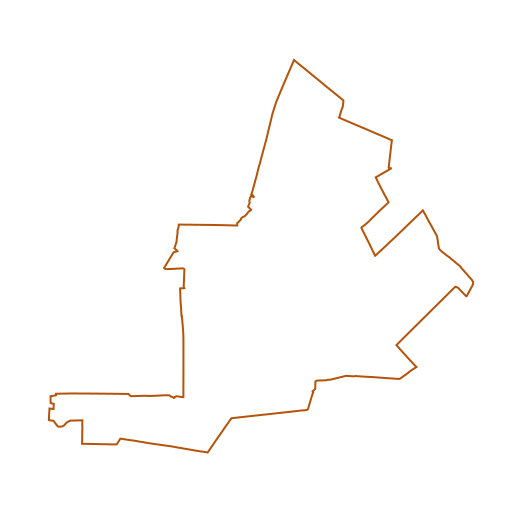 Vulturu, Constanta, Romania (Albers equal-area conic projection), rotated 177°
{"feature_id": "2599482B75754291666061", "entity_name": "Vulturu", "entity_type": "district", "adm_level": 2, "iso_a3": "ROU", "parent_name": "Romania", "parent_adm1": "Constanta", "projection": "albers", "projection_center": [28.28, 44.64], "detail": "fine", "context": "isolated", "style": "outline", "palette": "amber", "viewbox_px": 512, "rotation_deg": 177, "n_neighbors": 0, "source": "geoboundaries", "source_scale": "gbopen_adm2", "svg_char_len": 5241}
<svg xmlns="http://www.w3.org/2000/svg" viewBox="0 0 512 512"><g transform="rotate(177 256 256)"><path d="M52.0,234.1L52.4,234.7L53.0,235.4L55.6,237.7L60.0,241.8L62.2,243.9L62.5,244.3L65.2,246.3L69.4,250.0L69.6,250.2L70.6,251.1L71.0,251.5L71.4,251.9L71.8,252.4L72.0,252.6L72.2,252.8L72.3,253.0L72.5,253.3L72.6,253.5L72.8,254.0L73.0,254.5L73.1,255.5L73.5,259.1L73.8,262.9L74.0,264.2L74.1,265.3L74.2,265.9L74.2,266.1L74.3,266.3L74.3,266.5L74.5,266.9L74.6,267.2L74.8,267.6L75.1,268.2L75.4,268.8L75.7,269.4L76.0,270.0L76.3,270.6L76.6,271.3L77.6,273.3L78.5,275.3L79.0,276.4L79.6,277.5L81.7,281.8L83.1,284.7L83.4,285.3L83.6,285.9L83.9,286.5L84.1,287.0L84.4,287.6L84.6,288.1L87.0,292.8L91.7,288.7L99.1,282.3L108.4,274.2L114.9,268.6L115.6,267.9L121.9,262.7L129.0,256.6L136.8,250.1L137.0,250.0L138.0,252.3L138.9,254.4L139.8,256.5L140.7,258.7L141.6,260.8L142.1,262.1L149.1,278.1L149.2,278.3L149.2,278.6L149.2,278.9L149.2,279.0L148.9,279.3L147.9,279.9L147.0,280.5L146.2,281.1L145.3,281.6L144.5,282.3L143.7,282.9L142.9,283.5L142.1,284.2L131.9,293.2L129.9,295.0L127.6,296.9L121.0,302.5L120.9,302.6L120.9,302.9L124.1,309.8L128.6,319.5L128.8,320.0L130.6,324.1L132.3,328.3L116.0,336.6L116.6,336.6L117.0,336.7L117.5,336.8L118.1,336.9L118.3,336.9L118.5,337.0L118.8,337.1L118.9,337.3L116.6,350.9L114.3,364.4L114.2,364.4L114.2,364.5L114.5,364.6L116.0,365.3L119.9,367.3L125.0,369.8L132.0,373.2L139.0,376.7L150.8,382.4L157.1,385.5L165.2,389.5L165.7,389.7L165.8,389.8L165.9,390.0L165.7,390.2L165.5,390.3L165.4,390.4L165.4,390.6L164.6,392.8L164.2,394.0L164.0,394.8L163.9,394.9L162.3,399.1L162.2,399.3L162.1,399.5L161.9,399.7L161.8,399.9L161.7,400.1L161.6,400.3L161.6,400.5L161.5,400.8L161.1,402.8L161.0,403.7L160.8,404.7L160.7,405.7L160.6,406.6L160.6,406.8L166.5,412.2L174.2,419.1L177.2,421.8L183.2,427.4L188.8,432.4L196.0,439.0L202.8,445.1L207.8,449.7L213.5,438.1L215.7,433.7L221.8,421.2L225.3,413.9L227.7,408.9L228.2,407.6L230.2,402.4L232.3,396.7L234.1,390.4L236.8,381.5L239.1,373.5L240.3,369.8L243.5,360.1L245.8,353.0L246.2,351.7L246.6,350.3L246.9,349.3L248.7,344.3L249.6,341.4L251.5,335.0L252.8,331.4L253.3,329.7L255.8,322.1L257.5,317.6L257.2,317.6L256.6,317.3L256.4,317.1L256.0,316.8L255.9,316.6L255.8,316.0L255.5,315.8L255.2,315.5L255.1,315.2L255.3,315.0L255.5,315.0L255.8,315.1L256.4,315.8L256.6,316.0L257.1,316.0L257.6,315.8L258.1,315.4L258.7,314.8L259.8,311.4L259.5,309.6L261.2,306.0L261.3,305.7L261.2,305.5L258.4,302.4L258.5,302.3L259.4,301.6L260.4,301.2L261.1,300.7L263.1,298.3L265.3,296.2L266.8,295.8L267.7,295.3L268.8,294.4L269.0,294.1L269.1,293.3L272.3,290.3L273.0,290.0L273.2,287.5L277.0,287.7L287.1,288.5L292.4,288.9L292.5,288.9L293.9,289.0L304.3,289.7L315.7,290.4L319.8,290.7L331.5,291.4L331.7,289.5L332.3,287.8L332.3,287.6L333.1,285.4L333.1,283.4L334.1,277.9L334.6,274.4L337.1,268.0L334.6,265.5L334.2,265.0L338.2,263.9L346.6,251.5L348.0,249.5L348.4,248.9L348.1,248.5L347.8,248.2L347.5,248.0L347.3,247.9L347.1,247.8L346.7,247.7L346.4,247.6L345.8,247.6L340.2,247.5L331.6,247.5L329.7,247.5L329.1,247.3L328.8,247.1L328.6,246.9L328.4,246.6L328.3,246.2L328.2,245.9L328.3,245.4L328.6,242.4L329.0,237.4L329.5,232.5L329.8,229.2L329.8,228.6L329.5,228.1L329.3,227.7L329.9,227.6L333.5,227.6L333.6,223.0L333.6,221.6L333.7,216.6L333.7,212.8L333.5,207.7L333.6,204.2L333.5,199.9L333.2,199.9L332.7,186.1L332.7,180.8L332.9,175.4L334.2,150.4L334.2,150.2L335.4,128.3L335.9,118.9L336.5,118.9L337.8,119.1L338.3,119.2L339.1,119.4L339.9,119.6L342.1,120.0L342.9,120.1L343.4,119.9L343.9,119.6L344.2,119.5L344.7,119.3L344.8,118.9L345.2,119.1L345.7,118.7L345.8,118.9L346.1,119.1L346.5,119.3L346.8,119.5L347.5,119.8L348.1,120.1L348.7,120.5L349.7,121.2L350.2,121.4L350.9,121.5L354.8,121.7L360.3,121.7L362.7,121.7L365.2,121.7L369.8,121.8L374.3,122.2L380.4,122.4L387.9,122.5L389.0,123.0L389.5,123.6L390.6,124.9L402.7,125.7L414.0,126.4L425.3,127.1L439.1,127.9L448.0,128.4L463.0,128.9L463.1,127.4L465.8,127.0L468.5,126.7L468.8,119.9L465.7,119.0L466.2,113.8L470.2,114.5L470.2,114.4L470.9,108.7L471.1,106.4L471.2,105.0L471.4,103.6L471.4,103.0L470.8,102.8L470.0,102.7L469.9,102.6L468.9,102.4L466.9,102.0L465.8,100.4L463.1,96.5L461.8,95.8L458.5,95.9L456.7,96.7L453.7,99.7L450.3,101.3L438.0,101.0L438.4,95.3L438.3,95.1L439.5,77.6L408.1,75.3L405.0,75.2L401.0,80.7L391.4,78.7L387.9,78.1L381.0,76.5L379.4,76.2L374.5,75.1L372.9,74.7L357.6,71.7L349.4,70.1L342.8,68.5L342.1,68.4L324.6,64.4L316.2,62.7L315.5,62.6L314.8,62.4L314.6,62.3L311.4,66.4L307.2,71.9L307.2,72.0L301.6,79.1L296.1,86.3L292.1,91.4L292.0,91.5L289.5,94.8L289.3,94.7L289.2,94.8L288.7,95.3L275.1,96.1L250.1,97.5L217.7,99.4L216.1,99.3L213.5,99.6L212.3,100.1L212.0,100.7L208.9,109.5L206.9,114.9L206.0,116.9L206.6,117.5L206.6,117.8L206.4,118.0L205.2,119.0L204.0,120.0L203.8,120.2L203.6,122.7L203.2,127.7L201.5,128.4L192.4,128.2L191.0,128.6L188.3,128.6L185.5,129.1L172.3,131.6L164.5,130.7L162.6,131.0L162.1,130.8L155.6,130.0L145.4,128.9L128.5,126.8L121.0,125.9L119.8,125.8L118.9,125.9L118.4,126.0L117.9,126.4L112.7,129.7L107.1,133.6L101.6,136.7L108.4,144.7L108.4,144.8L114.8,152.6L118.0,156.6L120.4,159.7L120.3,159.8L112.2,167.1L58.6,214.9L56.0,213.8L48.2,204.8L47.7,204.9L44.6,210.0L41.4,215.2L40.8,216.5L40.6,217.5L40.6,218.9L41.8,221.0L48.0,228.8L52.1,234.0L52.0,234.1Z" fill="none" stroke="#b45309" stroke-width="2"/></g></svg>